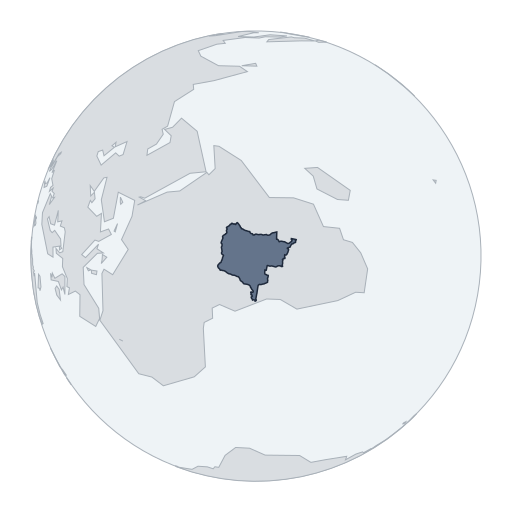 the Earth from above Democratic Republic of the Congo, rotated 280°
{"feature_id": "COD", "entity_name": "Democratic Republic of the Congo", "entity_type": "country or territory", "adm_level": 0, "iso_a3": "COD", "parent_name": "Africa", "parent_adm1": "", "projection": "orthographic", "projection_center": [23.721, -4.071], "detail": "fine", "context": "on_globe", "style": "filled", "palette": "slate", "viewbox_px": 512, "rotation_deg": 280, "n_neighbors": 0, "source": "natural_earth", "source_scale": "50m", "svg_char_len": 11414}
<svg xmlns="http://www.w3.org/2000/svg" viewBox="0 0 512 512"><g transform="rotate(280 256 256)"><circle cx="256" cy="256" r="225" fill="#eef3f6" stroke="#a8b0b8"/><path d="M129.6,69.5L123.5,74.2L120.1,76.8L112.8,82.1L112.5,82.3L129.6,69.5ZM99.5,94.0L99.7,93.7L103.2,90.5L100.3,93.3L97.0,96.4L99.5,94.0ZM34.6,214.3L35.3,213.0L34.6,216.1L34.8,230.1L38.9,235.4L39.9,244.7L39.0,250.8L41.3,252.1L41.4,256.0L54.3,260.2L63.9,269.2L65.6,283.0L61.5,299.6L67.1,333.6L62.3,345.9L67.4,359.6L74.5,380.1L70.8,379.5L78.3,388.8L81.6,395.0L80.9,396.0L86.4,402.8L86.2,403.4L90.3,407.4L98.3,416.6L105.7,423.3L113.6,430.5L118.5,434.2L118.4,434.3L120.5,436.0L123.5,438.2L122.7,437.6L110.3,427.8L98.6,417.2L87.7,405.7L77.6,393.6L68.4,380.7L60.1,367.2L52.8,353.2L46.4,338.7L41.2,323.8L36.9,308.5L33.8,293.0L31.7,277.3L30.8,261.5L31.0,245.7L32.2,229.9L34.6,214.3ZM123.7,438.3L124.3,438.8L119.4,435.0L125.9,439.2L128.8,441.7L124.5,438.9L123.7,438.3ZM117.4,431.8L115.8,429.5L117.5,430.5L118.9,432.4L117.4,431.8ZM465.1,172.2L465.5,173.3L466.9,177.0L464.4,171.5L466.0,178.0L474.5,202.6L475.9,209.3L476.3,220.0L475.4,214.9L469.0,200.2L471.3,216.0L476.3,231.4L478.1,248.3L475.8,241.8L473.5,227.0L471.2,221.3L469.3,207.4L462.6,186.2L460.1,188.8L457.8,180.7L448.2,163.5L443.2,167.0L436.9,186.0L440.0,206.8L436.1,215.5L421.4,184.2L414.1,164.4L409.3,165.7L393.9,148.9L368.5,146.4L364.5,141.5L359.8,143.5L348.9,138.5L342.6,130.8L336.2,131.1L352.8,151.6L359.7,151.6L364.8,144.0L368.3,151.5L378.8,158.7L368.6,176.4L330.3,192.2L326.0,176.7L293.6,136.4L294.3,132.2L294.1,131.7L293.7,130.8L291.3,137.8L285.6,130.4L303.5,157.4L306.8,169.6L329.8,193.1L327.8,195.5L335.0,200.6L357.4,195.3L357.6,200.5L347.5,224.9L315.9,259.0L319.8,282.9L317.0,303.6L296.7,317.3L297.8,333.5L287.2,339.3L286.1,348.6L277.3,358.6L262.7,368.2L238.6,368.9L237.6,360.4L226.3,344.3L210.8,305.5L217.4,287.5L215.5,273.9L198.0,244.9L201.9,228.5L197.1,221.9L187.2,224.1L181.6,216.5L175.6,216.7L138.0,225.4L126.3,216.2L112.1,187.3L118.7,174.5L119.7,161.0L165.6,113.4L175.6,114.8L212.0,107.3L216.6,108.6L212.7,118.1L240.3,129.0L248.8,120.7L273.5,127.0L289.7,126.9L294.9,109.3L268.4,109.0L263.4,100.8L284.5,93.9L307.6,95.6L306.5,92.6L291.6,85.5L296.6,80.5L286.4,82.8L290.7,85.8L284.4,87.6L280.0,85.1L282.0,83.2L274.9,81.9L267.4,92.2L271.1,96.4L252.7,98.6L257.0,106.1L252.1,109.8L243.1,98.6L243.7,94.6L227.1,84.1L224.8,88.4L240.3,98.9L235.5,98.1L232.5,105.2L231.1,99.3L214.8,87.8L198.0,91.6L177.2,110.2L167.3,112.8L158.8,110.4L166.0,92.9L187.3,89.4L190.1,84.2L185.5,77.9L192.3,77.8L193.0,75.1L201.0,74.1L211.9,67.2L220.0,66.1L224.0,58.9L228.7,57.7L225.0,62.1L226.7,65.0L246.7,63.9L250.5,62.4L251.5,58.1L256.9,58.8L255.2,54.8L266.6,53.4L251.4,52.2L252.1,48.2L258.8,45.4L256.3,44.2L245.4,48.9L243.6,51.2L246.3,53.3L238.9,60.6L232.1,62.2L229.5,54.5L219.6,56.3L222.0,50.5L249.9,39.6L261.6,38.2L281.7,42.6L279.2,44.4L270.7,43.5L278.8,47.4L278.0,45.6L282.5,46.5L284.3,43.9L287.6,44.5L283.8,41.3L288.0,41.8L290.3,43.8L296.6,41.4L305.3,42.5L305.1,41.7L302.5,40.6L315.2,43.3L314.5,42.7L310.1,41.5L305.9,39.7L303.4,37.8L308.0,38.8L309.5,39.6L319.5,43.3L322.8,45.9L324.4,46.2L322.6,44.2L310.4,39.7L307.6,38.3L313.8,40.2L311.4,39.4L311.4,39.1L315.7,39.9L309.1,37.9L305.1,36.1L321.3,40.4L337.2,45.9L352.7,52.5L367.6,60.3L381.9,69.2L395.4,79.1L408.2,89.9L420.2,101.8L431.2,114.4L441.3,127.9L450.3,142.1L458.3,156.9L465.1,172.2ZM150.3,135.8L149.1,139.7L150.3,135.8ZM332.8,107.5L346.3,109.1L339.1,98.4L343.7,98.4L339.5,95.0L338.5,97.7L328.3,88.9L333.7,86.6L331.4,82.5L326.8,81.9L318.6,87.7L333.2,99.9L330.6,103.9L332.8,107.5ZM35.4,212.8L35.2,215.1L34.8,215.4L35.4,212.8ZM110.3,85.4L105.5,90.1L107.9,87.4L104.8,89.9L106.0,88.0L118.5,78.0L112.6,82.6L110.3,85.4ZM189.1,63.8L191.9,64.9L189.0,67.9L178.7,71.1L182.9,66.6L189.1,63.8ZM196.6,65.8L196.9,58.4L203.3,56.7L199.6,58.8L203.8,58.4L199.1,61.8L204.8,68.2L202.6,71.4L184.9,74.5L191.9,71.4L188.8,70.3L196.6,65.8ZM186.6,48.5L186.8,46.9L200.3,45.0L198.5,46.8L188.2,49.6L184.3,49.3L186.6,48.5ZM235.2,31.7L236.0,31.7L230.8,32.1L236.0,31.9L229.4,32.6L230.4,32.6L225.8,33.3L221.9,34.4L218.9,34.8L218.7,35.1L215.6,35.9L214.3,36.5L208.5,37.6L206.4,38.7L204.8,38.7L202.8,40.3L201.6,39.7L197.5,41.1L200.9,40.9L172.2,48.6L161.2,53.4L152.5,58.1L151.7,57.3L159.2,52.9L170.7,47.5L181.5,43.5L179.1,44.2L183.6,42.7L185.3,42.1L201.6,37.4L218.3,33.9L235.2,31.7ZM221.7,104.9L225.2,105.1L230.8,104.5L228.9,109.3L221.7,104.9ZM210.4,97.1L213.5,96.3L213.6,102.0L209.9,102.1L210.4,97.1ZM215.2,91.4L213.7,95.8L212.3,93.5L215.2,91.4ZM227.9,61.4L231.3,60.7L231.7,61.7L229.8,63.3L227.9,61.4ZM250.1,33.6L247.5,33.3L248.5,33.1L246.7,32.1L251.4,31.9L254.4,32.4L250.1,33.6ZM290.5,112.2L285.8,115.5L283.4,113.8L285.4,113.0L290.5,112.2ZM255.9,111.9L263.9,114.0L255.3,113.2L255.9,111.9ZM254.9,33.2L253.7,32.7L256.8,33.0L254.9,33.2ZM254.8,31.8L258.5,31.9L251.8,31.8L254.8,31.8ZM361.7,417.2L361.8,420.3L358.9,420.3L361.7,417.2ZM353.9,301.2L337.0,337.4L326.9,337.3L325.8,326.4L332.6,304.4L344.6,298.5L350.8,288.8L353.9,301.2ZM478.9,288.5L478.2,284.9L477.3,280.5L478.1,277.0L479.5,280.5L479.2,286.8L478.9,288.5ZM478.0,276.7L475.8,263.6L468.8,229.5L471.4,231.0L477.9,252.8L477.6,255.9L479.0,265.9L478.0,276.7ZM480.8,270.7L480.8,269.2L480.6,266.5L480.5,253.0L480.6,247.0L480.9,248.0L480.8,241.0L480.8,270.7ZM440.9,208.9L445.7,222.2L443.1,223.9L440.9,208.9ZM469.0,183.1L468.8,183.3L467.7,180.1L467.3,178.1L469.0,183.1ZM293.5,35.0L290.7,36.1L291.8,37.7L297.4,39.5L288.4,37.9L286.7,35.4L293.5,35.0ZM273.0,32.0L271.8,32.2L269.3,31.9L273.0,32.0ZM441.1,384.4L442.3,382.6L446.5,376.3L458.3,354.8L458.0,355.7L464.2,341.9L465.0,340.1L458.1,355.5L450.2,370.3L441.1,384.4Z" fill="#d9dde1" stroke="#a8b0b8" stroke-width="1"/><path d="M283.3,272.3L276.4,273.3L276.1,273.4L276.2,273.8L276.2,274.2L276.0,274.6L275.7,275.0L275.2,275.5L274.1,276.3L274.1,276.5L274.7,277.4L274.9,278.1L275.0,278.7L274.9,280.6L274.9,280.9L275.0,281.5L275.0,281.9L274.6,282.5L274.5,283.0L274.0,284.6L273.8,285.1L274.1,286.0L274.3,286.4L274.7,286.8L275.4,287.3L275.7,287.6L276.5,288.5L277.6,288.7L277.9,288.8L278.1,288.8L278.2,288.7L278.2,288.4L278.1,288.2L278.4,287.9L278.9,287.9L279.1,287.8L279.3,287.8L279.2,292.5L279.1,292.8L278.9,292.8L278.6,292.7L278.6,292.2L278.4,292.1L278.0,292.1L277.6,292.3L277.1,292.5L276.9,292.6L276.6,292.6L276.2,292.5L276.0,292.2L275.9,291.9L275.3,291.0L275.0,290.5L274.7,290.5L274.5,290.4L274.3,290.0L274.2,289.6L274.0,289.1L273.8,289.0L271.9,288.2L271.5,288.2L271.1,288.2L270.8,288.0L270.6,287.9L270.2,286.9L269.5,286.3L269.4,285.6L269.2,285.5L268.8,285.6L268.4,286.7L268.3,286.8L268.2,286.9L267.9,287.0L267.6,287.0L267.1,287.0L266.1,286.8L264.9,286.7L264.5,286.5L264.2,286.4L263.3,286.1L262.9,286.1L262.7,285.9L262.3,285.6L262.2,285.3L262.0,284.8L262.1,284.5L262.2,284.1L261.9,284.0L261.6,284.1L260.5,284.3L259.7,284.6L259.1,284.9L258.9,284.9L258.5,284.8L258.4,284.6L258.5,284.4L258.6,284.2L258.5,283.7L258.3,283.5L257.8,283.3L257.6,283.3L257.5,283.0L257.4,282.8L256.9,282.7L256.8,282.8L256.7,283.0L256.4,283.2L255.9,283.2L255.4,283.1L255.0,283.1L254.8,283.1L253.8,283.5L253.5,283.5L252.5,283.5L251.9,283.4L251.5,283.4L251.2,283.5L250.9,283.8L250.6,284.0L250.4,283.9L250.2,283.7L250.2,283.2L250.0,282.8L250.1,282.5L250.4,282.3L250.5,282.0L250.4,281.4L250.4,281.0L250.5,280.8L250.4,280.3L250.1,279.4L249.7,278.7L249.1,278.2L248.8,277.7L248.6,277.2L248.7,276.0L248.9,274.2L248.9,272.8L248.5,271.9L248.4,270.9L248.6,269.9L248.7,269.2L248.5,268.8L248.4,268.8L248.3,268.7L246.1,268.6L243.9,268.6L243.7,268.5L243.6,268.3L243.6,268.0L243.8,267.3L243.8,267.2L243.4,267.2L241.0,267.5L240.2,267.7L239.7,268.1L239.5,268.7L239.5,269.1L239.5,269.4L239.2,269.7L239.1,270.1L239.0,271.4L238.2,271.5L237.4,271.5L237.2,271.5L236.3,271.2L235.9,271.2L235.6,271.4L234.5,271.6L233.9,271.9L233.4,271.8L232.9,271.8L232.1,271.9L230.8,270.1L230.5,269.4L230.1,269.0L229.8,268.6L229.7,268.2L229.7,267.9L229.5,267.4L229.1,266.7L228.8,266.1L228.7,265.6L228.6,265.1L228.7,264.7L228.6,264.3L228.4,264.2L228.3,263.9L228.0,263.6L227.6,263.3L227.1,263.2L224.8,263.2L221.1,263.3L220.7,263.3L219.7,263.4L218.6,263.3L217.3,263.3L216.8,263.3L215.7,263.3L215.0,263.3L214.6,263.3L214.3,263.2L213.8,263.3L213.5,263.4L213.1,263.7L212.5,263.9L212.2,263.9L211.7,263.5L211.4,263.1L211.4,262.9L212.3,262.8L212.4,262.7L212.4,261.6L212.4,260.5L212.3,260.4L212.2,260.3L212.1,260.2L212.7,259.9L213.0,259.6L213.6,258.9L214.5,258.6L214.6,258.4L214.8,258.4L215.1,258.8L215.7,259.2L215.8,259.3L216.4,258.9L216.8,258.8L216.9,258.7L216.9,258.4L217.0,257.8L217.2,257.7L217.5,257.8L217.8,257.9L218.3,257.6L218.6,257.5L218.9,257.3L219.3,257.1L219.5,257.1L219.8,257.6L219.5,258.2L219.6,258.6L219.7,259.2L219.9,259.3L220.0,259.3L220.3,259.3L220.5,259.4L220.8,259.4L221.1,259.2L221.6,258.7L222.4,257.7L223.0,257.1L223.5,256.9L223.8,256.6L224.0,256.2L224.3,256.0L224.9,255.8L225.3,255.6L225.8,254.9L226.4,253.8L226.6,252.0L226.5,249.1L226.6,248.7L226.8,248.4L227.4,247.8L227.9,247.4L228.2,246.8L228.8,245.5L229.2,244.9L229.5,244.6L230.1,244.3L230.7,244.0L231.8,243.1L232.6,242.2L232.5,241.2L232.7,240.3L233.1,239.2L233.3,238.0L233.1,236.7L233.2,235.7L233.8,234.1L233.8,233.3L233.8,232.2L234.4,230.6L235.5,228.6L236.0,227.1L235.9,225.7L236.1,224.6L236.0,224.0L235.8,223.4L235.9,223.1L236.3,222.9L236.9,222.4L237.8,221.0L238.8,220.3L239.5,220.0L240.2,220.1L240.7,220.2L240.9,220.4L241.4,220.7L242.3,221.2L243.0,221.7L243.3,222.3L243.6,222.6L244.0,222.7L244.5,222.7L245.2,222.8L245.8,223.1L246.2,223.2L246.4,223.1L246.7,223.2L247.4,223.4L248.0,223.3L248.9,223.4L250.9,223.9L251.1,223.8L251.2,223.6L251.7,222.6L252.0,222.1L252.2,221.9L252.6,221.6L253.1,221.5L253.6,221.5L254.4,221.8L254.8,221.8L255.2,221.6L255.8,221.4L256.5,221.2L257.1,221.0L258.3,220.5L258.8,220.4L260.1,220.8L260.9,220.6L261.3,220.6L262.0,220.4L262.1,220.2L262.6,219.5L263.1,219.3L263.8,219.4L265.6,219.8L267.4,220.2L268.1,220.3L268.3,220.2L268.9,219.8L269.1,219.7L269.3,219.7L270.4,220.1L270.6,220.4L270.8,220.6L271.4,221.1L271.7,221.4L271.9,221.9L272.1,222.1L272.4,222.2L272.7,222.3L272.8,222.6L273.1,222.8L273.5,223.1L274.0,223.1L274.4,223.2L274.8,223.0L275.3,222.7L275.6,222.5L276.4,222.5L276.9,222.7L277.3,222.9L277.5,222.9L278.2,222.5L278.5,222.1L278.8,222.0L279.3,222.2L279.7,222.6L280.1,223.2L280.7,223.8L281.3,224.5L282.2,224.9L282.6,225.1L282.7,225.3L282.7,225.6L282.8,225.8L283.3,225.9L283.5,226.0L283.9,226.5L284.1,226.6L284.1,226.8L283.8,227.3L283.6,227.8L283.5,228.2L283.8,228.5L283.9,228.8L283.9,229.0L283.6,229.6L283.5,230.2L283.5,230.5L283.9,230.7L284.4,230.7L284.5,230.9L284.7,231.1L284.8,231.2L285.1,231.2L285.2,231.3L285.3,231.4L285.6,231.7L285.5,232.0L285.1,232.6L284.3,233.5L282.5,235.3L281.9,235.5L281.6,235.8L281.4,236.3L280.8,236.7L280.4,236.9L280.4,237.0L280.3,237.5L280.4,238.1L280.2,238.5L279.8,239.4L279.7,239.5L279.5,240.3L279.4,240.5L279.2,241.8L279.3,242.2L279.1,242.8L279.1,243.2L279.0,243.6L278.9,243.9L279.0,245.5L278.8,245.6L278.6,245.9L278.3,246.0L278.1,246.0L277.5,246.8L277.3,247.2L277.2,247.4L277.3,248.4L277.2,248.7L277.1,248.8L276.2,249.5L276.3,250.1L276.3,250.4L276.4,250.6L276.8,250.8L276.8,251.1L277.3,251.7L277.6,252.1L277.6,252.4L277.5,253.3L277.5,253.7L277.5,255.1L277.6,255.4L278.0,256.2L278.1,257.0L278.2,257.6L278.2,257.8L277.9,259.1L277.9,259.3L278.0,259.7L278.5,261.0L278.7,261.7L278.9,262.3L279.0,262.6L278.9,262.8L278.5,263.5L278.5,263.8L278.6,264.3L278.7,264.9L279.3,266.1L279.7,266.4L280.3,266.8L280.9,267.3L281.3,267.8L281.7,268.4L281.9,268.9L282.0,269.4L283.2,272.0L283.3,272.3Z" fill="#64748b" stroke="#1e293b" stroke-width="1.5"/></g></svg>